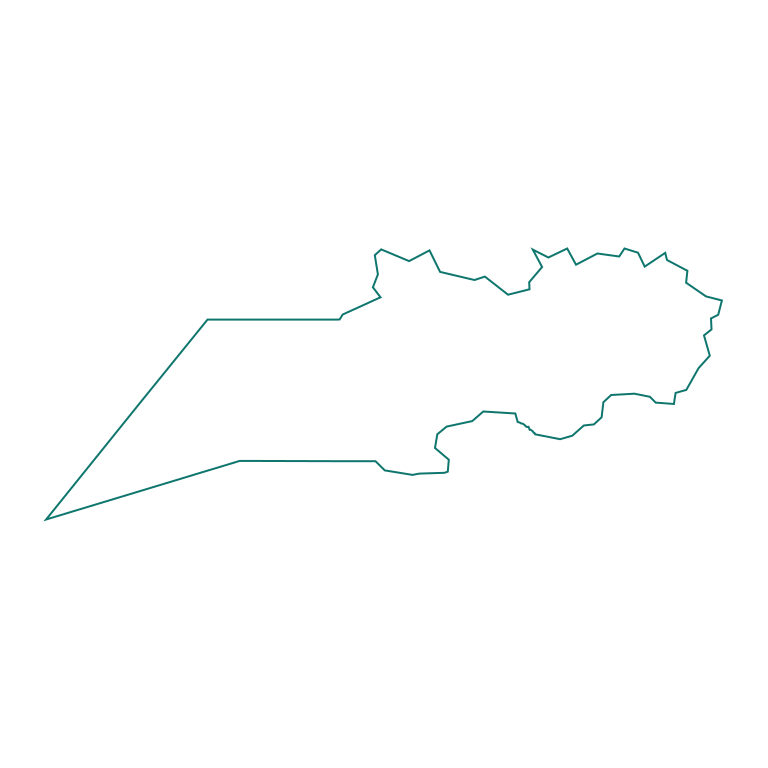 Weber, Utah, United States of America (Robinson projection)
{"feature_id": "52423323B66213372759254", "entity_name": "Weber", "entity_type": "district", "adm_level": 2, "iso_a3": "USA", "parent_name": "United States of America", "parent_adm1": "Utah", "projection": "robinson", "projection_center": [-111.761, 41.253], "detail": "fine", "context": "isolated", "style": "outline", "palette": "teal", "viewbox_px": 768, "rotation_deg": 0, "n_neighbors": 0, "source": "geoboundaries", "source_scale": "gbopen_adm2", "svg_char_len": 1181}
<svg xmlns="http://www.w3.org/2000/svg" viewBox="0 0 768 768"><path d="M665.2,252.9L644.7,266.6L638.0,252.7L624.5,248.5L619.2,256.5L597.4,253.5L576.0,264.7L567.2,248.5L548.4,257.5L532.8,249.6L542.1,267.0L529.2,282.2L529.5,289.3L508.0,294.7L484.9,276.6L474.4,280.0L440.1,271.9L429.5,250.4L409.1,261.1L381.2,249.4L374.8,255.2L377.9,274.4L372.9,287.3L380.5,297.3L342.7,314.5L339.6,319.5L335.7,319.6L207.5,319.6L143.4,398.7L143.3,398.8L46.1,519.5L72.5,511.5L239.7,460.9L308.1,461.1L341.4,461.2L343.9,461.2L375.5,461.2L384.8,470.4L412.5,474.9L419.3,473.6L444.6,472.8L447.8,471.6L448.8,459.7L435.0,448.0L437.3,434.3L446.6,426.6L472.2,421.1L483.3,411.5L515.3,413.5L517.7,422.0L519.6,422.5L521.1,423.4L522.8,423.7L525.4,425.6L525.7,426.4L527.2,427.0L528.5,426.8L529.7,429.8L530.6,429.7L532.7,431.2L533.7,432.8L534.6,433.1L535.1,434.3L560.1,439.2L572.3,435.7L583.8,425.5L593.9,424.4L601.6,417.3L603.4,402.2L611.2,395.0L634.5,393.7L649.9,396.8L655.7,402.6L673.9,404.0L675.6,392.9L686.3,389.9L698.6,368.1L709.8,355.7L704.0,335.4L711.5,329.4L711.0,318.4L718.2,314.8L721.9,300.5L706.0,296.4L686.1,282.7L687.4,270.8L667.0,260.0L665.2,252.9Z" fill="none" stroke="#0f766e" stroke-width="2"/></svg>